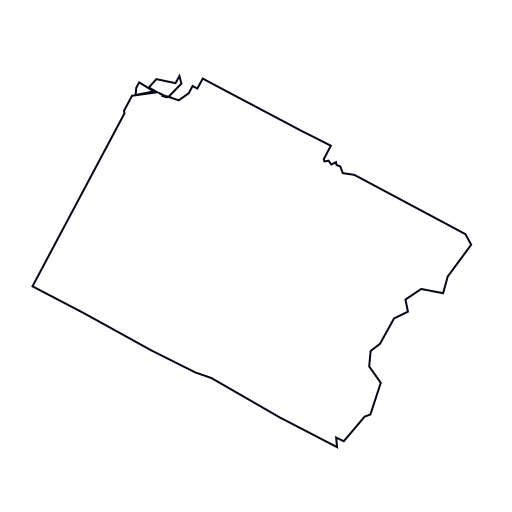 Boulder, Colorado, United States of America, rotated 208°
{"feature_id": "52423323B35890552062284", "entity_name": "Boulder", "entity_type": "district", "adm_level": 2, "iso_a3": "USA", "parent_name": "United States of America", "parent_adm1": "Colorado", "projection": "equal_earth", "projection_center": [-105.3, 40.088], "detail": "fine", "context": "isolated", "style": "outline", "palette": "ink", "viewbox_px": 512, "rotation_deg": 208, "n_neighbors": 0, "source": "geoboundaries", "source_scale": "gbopen_adm2", "svg_char_len": 1020}
<svg xmlns="http://www.w3.org/2000/svg" viewBox="0 0 512 512"><g transform="rotate(208 256 256)"><path d="M81.3,373.6L207.3,373.8L218.3,369.9L223.5,374.6L227.7,374.2L229.4,376.4L232.4,372.1L236.7,374.2L240.0,371.6L241.6,373.2L241.7,388.5L275.3,387.8L375.4,387.6L386.3,387.7L386.4,376.3L391.8,376.3L391.8,368.1L397.3,357.2L408.0,355.4L402.8,373.2L408.1,378.9L408.2,370.8L427.0,365.4L429.7,354.5L420.1,354.2L440.7,339.3L440.7,332.7L440.7,322.2L439.1,320.1L439.1,256.1L439.1,217.7L439.1,168.2L439.1,128.6L439.1,124.3L379.3,124.7L304.2,123.5L254.8,124.7L238.2,127.3L158.8,124.6L94.7,125.3L100.0,133.3L91.5,133.7L84.7,165.1L80.6,169.8L86.3,202.6L104.2,211.6L110.2,226.0L105.3,236.7L104.8,265.7L95.7,278.2L103.6,287.7L94.7,304.4L73.3,311.0L77.1,327.8L71.3,367.0L81.3,373.6ZM408.2,355.6L409.2,354.3L409.6,354.1L411.7,353.7L413.3,353.6L413.5,353.5L413.5,354.2L418.6,354.4L411.3,354.6L408.2,355.6ZM437.9,341.6L423.6,353.3L439.3,354.4L440.7,354.4L440.7,348.3L437.9,341.6Z" fill="none" stroke="#020617" stroke-width="2"/></g></svg>